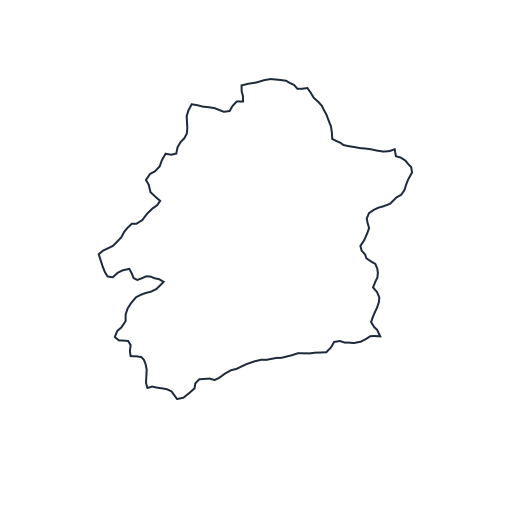 outline of Cristina, Minas Gerais, Brazil, rotated 40°
{"feature_id": "56859067B21860273941917", "entity_name": "Cristina", "entity_type": "district", "adm_level": 2, "iso_a3": "BRA", "parent_name": "Brazil", "parent_adm1": "Minas Gerais", "projection": "equal_earth", "projection_center": [-45.291, -22.212], "detail": "fine", "context": "isolated", "style": "outline", "palette": "slate", "viewbox_px": 512, "rotation_deg": 40, "n_neighbors": 0, "source": "geoboundaries", "source_scale": "gbopen_adm2", "svg_char_len": 2703}
<svg xmlns="http://www.w3.org/2000/svg" viewBox="0 0 512 512"><g transform="rotate(40 256 256)"><path d="M293.6,85.1L290.8,89.9L286.5,94.1L281.1,97.4L275.4,100.4L270.2,103.7L266.5,106.4L261.7,109.1L256.2,112.4L251.6,114.8L247.9,115.0L243.9,116.2L239.1,117.3L235.0,112.9L230.1,108.5L224.5,105.5L219.0,102.4L214.1,100.5L209.8,98.6L204.6,97.9L198.5,97.7L193.1,95.8L187.4,94.3L183.6,98.5L180.3,101.3L175.3,100.5L170.3,101.8L166.4,102.4L161.8,105.3L157.1,108.5L153.3,111.2L149.2,116.1L144.8,122.8L139.3,129.1L135.3,134.6L139.3,139.2L143.1,141.8L146.8,146.0L141.9,150.0L141.6,156.3L142.6,161.9L138.7,166.2L133.9,167.8L129.3,169.3L124.2,172.4L119.0,175.9L114.3,178.1L109.2,181.1L110.6,187.8L112.9,193.3L116.7,197.4L121.2,202.2L124.4,206.8L125.4,212.0L125.0,217.4L126.0,223.1L129.1,228.8L126.0,232.9L121.0,235.8L122.4,243.3L124.6,249.3L124.2,255.9L122.1,261.3L122.8,268.5L128.1,270.4L134.1,274.9L141.3,275.3L147.2,275.4L147.6,280.8L146.2,285.9L145.4,293.7L145.8,301.6L143.6,308.3L140.2,311.0L139.5,316.4L139.5,322.1L140.8,328.3L140.4,334.3L139.9,340.2L137.6,345.4L135.4,350.1L134.4,355.8L139.4,358.9L145.1,362.5L150.7,365.5L155.4,367.1L159.9,364.4L160.9,357.6L163.0,352.8L167.2,347.3L172.0,349.2L176.5,351.6L180.5,350.6L182.8,346.5L185.0,342.1L188.5,339.5L192.2,338.4L196.9,336.0L201.9,335.2L201.4,340.4L200.9,345.4L198.5,350.8L195.3,355.2L193.0,359.2L190.6,364.6L190.6,372.7L191.4,378.7L193.7,384.6L197.9,389.6L198.8,397.2L197.9,402.6L199.9,408.8L205.2,408.8L208.7,406.1L212.6,403.3L217.1,404.7L220.7,410.1L224.3,413.3L229.2,409.5L233.2,407.1L236.9,407.6L240.9,409.8L245.3,413.3L249.2,418.5L253.4,424.0L257.6,426.9L260.4,422.8L264.9,420.4L269.7,417.4L273.5,415.3L278.2,414.0L283.3,415.3L287.5,416.3L291.5,411.2L293.0,403.6L294.0,396.9L291.4,392.6L291.8,386.9L295.2,383.6L299.2,379.8L304.0,377.6L306.0,373.3L307.9,365.8L310.3,359.5L313.7,354.9L315.8,350.1L318.4,344.6L322.6,337.6L326.7,332.1L330.7,328.9L333.9,324.9L337.3,320.8L340.8,317.8L343.6,314.0L347.5,308.6L350.7,303.4L354.7,300.2L359.6,296.2L363.7,291.8L367.0,288.9L371.7,284.6L372.2,277.7L371.1,271.6L374.9,267.2L379.6,265.3L382.9,262.6L387.0,259.7L391.4,254.2L393.7,248.6L395.1,244.0L398.1,241.2L402.8,237.7L396.3,234.7L392.2,234.5L386.6,232.6L384.0,225.5L381.8,217.5L379.7,212.2L377.1,208.5L371.9,205.8L365.9,204.9L364.0,199.2L362.8,194.4L360.2,190.6L356.9,187.6L352.5,185.4L347.0,186.3L342.1,186.8L338.6,184.7L333.5,184.0L329.5,181.2L328.7,174.3L326.6,167.1L324.7,161.9L320.4,159.1L316.8,156.2L315.0,150.6L316.6,144.8L318.9,140.0L321.6,136.1L325.1,130.0L325.9,121.1L327.9,115.6L327.3,109.9L325.3,105.3L323.4,99.6L321.9,91.8L317.8,88.2L313.2,87.7L309.1,86.9L303.9,87.5L299.0,89.6L293.6,85.1Z" fill="none" stroke="#1e293b" stroke-width="2"/></g></svg>